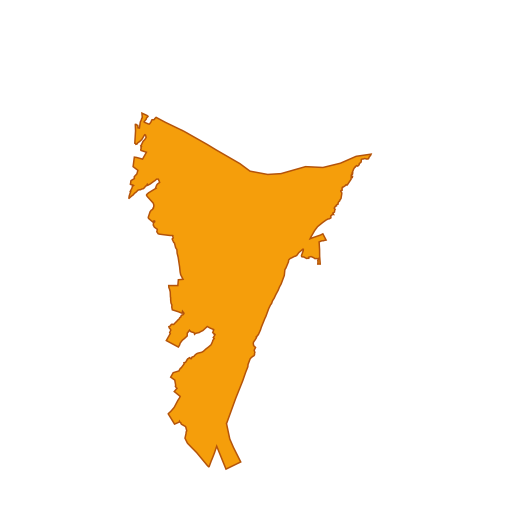 Pomarla, Botosani, Romania (Mercator projection), rotated 64°
{"feature_id": "2599482B28021432956179", "entity_name": "Pomarla", "entity_type": "district", "adm_level": 2, "iso_a3": "ROU", "parent_name": "Romania", "parent_adm1": "Botosani", "projection": "mercator", "projection_center": [26.307, 48.065], "detail": "fine", "context": "isolated", "style": "filled", "palette": "amber", "viewbox_px": 512, "rotation_deg": 64, "n_neighbors": 0, "source": "geoboundaries", "source_scale": "gbopen_adm2", "svg_char_len": 6098}
<svg xmlns="http://www.w3.org/2000/svg" viewBox="0 0 512 512"><g transform="rotate(64 256 256)"><path d="M424.7,390.4L420.2,385.7L419.4,384.7L414.9,379.8L409.7,374.7L434.4,376.4L434.4,360.0L418.1,360.2L409.0,359.8L393.4,355.9L393.2,355.4L375.0,336.6L362.3,322.6L356.0,316.3L352.0,311.9L350.0,310.7L345.9,306.4L345.3,305.0L344.8,302.9L344.8,302.2L344.7,301.5L344.1,300.6L343.1,300.2L342.2,299.3L340.0,299.0L339.6,298.6L338.0,296.5L335.5,297.4L333.4,296.8L332.3,296.0L330.9,293.4L329.6,291.4L328.8,291.3L328.7,291.0L328.8,290.6L327.9,289.2L327.9,288.6L324.5,284.5L322.2,282.3L316.0,275.4L314.7,273.7L308.9,267.7L306.3,264.4L305.6,262.9L303.5,260.8L301.9,258.2L299.6,255.4L296.5,251.1L294.0,248.3L292.1,245.6L285.9,239.1L280.9,236.0L280.0,234.5L275.5,229.4L273.9,228.4L273.2,226.4L273.3,224.9L273.2,221.6L273.4,220.9L273.4,219.2L271.7,216.0L270.4,210.8L270.7,210.5L271.8,211.1L275.5,214.9L275.9,215.1L276.6,215.2L276.9,215.0L277.8,213.5L280.4,211.6L280.7,210.6L281.2,209.6L280.2,209.2L280.6,206.8L282.7,205.0L284.2,204.2L284.7,202.9L285.3,202.0L285.7,201.7L285.5,201.3L285.5,201.1L286.4,201.3L287.3,202.6L288.2,202.7L290.3,204.0L291.4,201.8L284.1,198.9L278.2,196.1L271.0,193.1L271.2,190.2L271.8,188.9L271.9,188.0L272.4,186.0L265.4,186.2L265.4,189.0L264.3,198.1L264.2,199.8L263.2,198.6L258.8,192.1L256.6,187.8L255.1,181.3L254.4,177.3L254.3,175.1L254.7,173.8L254.5,171.9L253.4,171.6L252.6,171.0L252.7,170.4L252.2,169.5L252.4,168.6L252.7,168.1L251.2,168.2L251.0,167.8L251.1,167.5L250.9,166.2L250.6,166.0L249.6,165.4L248.7,164.4L247.7,164.8L247.2,164.6L247.0,164.1L246.6,163.9L246.2,162.6L246.2,161.8L245.7,161.8L245.4,161.2L245.3,159.4L244.5,159.1L243.9,158.5L243.3,157.4L243.3,157.0L243.0,156.4L242.5,156.1L241.6,154.4L237.5,151.5L236.2,151.1L235.3,151.5L234.6,151.2L234.4,150.4L234.6,149.7L232.7,148.9L232.2,148.3L232.4,148.0L232.1,147.7L232.2,147.0L232.0,145.3L231.4,143.7L231.5,143.5L232.2,143.2L231.9,142.4L228.7,136.9L226.6,135.7L227.6,135.0L226.7,134.3L225.7,135.1L225.1,135.0L224.4,133.9L224.4,133.7L224.7,133.4L223.7,132.6L223.3,133.0L220.4,129.8L219.4,127.9L219.6,127.8L218.8,126.1L219.7,125.4L219.8,125.2L219.2,123.3L218.2,122.6L217.8,120.6L216.8,119.7L215.7,119.3L215.4,119.0L215.4,118.2L215.9,116.9L216.0,115.6L217.4,114.0L217.9,112.6L217.6,111.9L216.9,111.2L216.5,110.5L215.7,108.8L214.9,107.9L210.3,122.3L209.6,139.5L205.8,157.0L197.4,172.3L192.9,197.5L187.8,209.8L177.1,224.2L165.9,230.0L142.9,245.5L134.6,250.8L112.3,266.1L96.2,278.8L87.6,285.0L88.1,286.7L88.7,287.6L88.6,288.4L88.2,289.1L88.0,289.9L88.3,290.4L89.2,291.2L90.2,292.9L90.7,294.1L90.1,294.9L87.1,297.5L86.4,297.8L85.8,296.8L84.9,294.7L83.9,293.9L83.5,292.5L83.1,291.8L81.7,292.5L77.6,295.9L81.9,297.6L82.1,298.0L82.1,298.3L83.7,299.7L84.8,301.2L89.9,304.7L89.1,305.9L86.8,305.0L85.4,306.2L85.2,306.1L84.8,306.7L85.0,306.9L90.7,309.4L101.5,315.5L102.1,315.0L102.9,315.0L102.9,314.5L103.2,314.2L103.2,313.9L102.3,312.3L102.2,310.8L101.3,307.7L98.2,302.9L98.8,302.3L101.2,302.7L102.5,304.7L103.5,307.3L106.1,310.5L106.4,311.2L107.4,310.9L107.6,311.2L107.6,311.6L108.6,311.9L110.0,313.0L110.7,313.1L114.7,309.0L119.2,315.5L115.1,320.1L113.8,322.0L121.8,327.3L127.2,324.6L130.0,327.1L131.0,329.8L131.5,330.8L133.1,331.4L133.4,335.1L133.7,335.6L136.0,337.0L136.1,337.3L136.4,337.5L137.3,336.9L137.6,336.1L138.5,335.7L138.5,335.4L138.9,335.1L139.1,335.8L139.1,336.5L140.6,337.7L142.8,340.7L143.1,340.4L146.4,343.6L148.3,344.9L148.5,344.8L147.6,341.6L147.3,339.7L146.3,337.5L146.2,336.3L145.1,333.2L145.3,331.9L145.8,330.8L145.7,329.5L146.1,327.7L145.8,327.0L145.8,326.4L144.8,324.7L144.9,323.2L144.3,322.9L143.8,322.2L144.4,322.0L144.7,322.6L145.0,322.2L144.9,319.5L144.1,315.3L143.9,313.6L143.3,311.7L144.1,310.1L147.6,310.3L148.1,313.0L148.8,314.3L151.1,316.7L151.3,316.5L152.1,324.8L152.8,327.2L153.1,327.6L153.6,327.8L155.0,327.6L163.4,325.2L165.6,325.5L166.2,326.0L167.0,326.3L167.8,327.5L168.1,327.4L168.8,328.8L168.9,330.0L169.8,331.8L174.0,335.9L174.7,336.1L175.6,335.9L180.1,333.9L179.7,332.2L180.1,331.8L180.8,332.0L181.0,332.4L181.0,333.4L183.1,334.8L185.5,334.7L188.8,333.0L190.7,334.5L193.1,334.2L193.9,333.4L196.1,330.1L199.6,324.7L200.6,322.9L200.9,322.1L201.2,321.8L202.1,322.3L203.4,322.4L203.7,322.9L203.8,323.7L204.1,323.9L207.6,324.0L208.6,323.6L213.3,324.6L215.5,324.3L219.0,325.7L222.9,326.5L232.2,329.4L237.1,331.2L239.8,331.9L245.0,331.8L243.3,336.2L248.3,339.2L244.3,347.4L246.0,348.1L248.1,348.3L250.6,348.8L255.4,350.9L256.1,351.0L257.9,351.9L260.9,353.0L263.2,353.1L265.0,354.1L267.7,354.8L272.2,350.1L274.7,347.9L275.0,347.3L273.5,346.3L275.8,345.8L276.6,346.7L276.8,347.6L276.6,348.8L276.9,349.5L277.9,350.4L278.0,351.5L279.0,352.9L279.3,354.4L279.7,355.2L281.0,359.0L281.4,359.9L281.2,360.6L280.5,361.3L280.4,361.9L280.5,362.4L281.3,363.6L281.3,365.3L282.5,365.5L284.4,365.0L285.3,365.1L287.0,367.2L288.1,367.0L292.7,373.7L303.8,365.7L302.6,363.8L301.1,362.4L300.4,361.1L299.4,359.1L298.8,356.4L297.7,352.9L295.2,351.6L294.3,349.6L293.5,348.3L294.8,348.0L295.6,347.6L296.7,346.5L297.3,345.6L297.8,345.3L299.4,345.5L299.2,344.9L299.1,343.9L299.9,340.5L299.7,339.2L299.7,336.4L298.0,330.7L300.7,328.8L303.4,326.4L303.7,326.7L304.0,326.5L305.9,328.5L307.7,327.6L307.9,327.9L308.6,327.3L309.1,327.8L310.6,330.2L311.8,329.7L312.9,331.8L313.8,332.5L316.1,335.3L317.0,338.7L317.6,341.8L318.6,345.1L318.7,347.1L317.9,350.6L317.8,352.1L318.2,354.0L319.1,356.0L318.8,357.5L318.9,358.1L319.8,358.9L319.9,359.4L319.3,359.9L318.3,360.1L318.2,360.7L318.5,361.1L318.5,362.3L318.5,362.6L319.1,363.1L319.2,364.0L319.7,364.3L320.7,366.0L320.3,367.5L321.3,367.8L321.9,368.7L323.8,372.4L323.7,372.7L323.8,373.2L324.6,374.5L325.5,375.6L324.6,381.6L327.5,385.8L331.9,383.4L337.1,384.9L337.7,385.6L339.2,385.4L340.3,385.0L342.0,388.9L348.9,385.7L349.9,386.8L351.5,389.5L356.2,395.9L358.3,400.7L359.0,403.2L359.4,404.1L371.4,402.9L371.6,397.8L371.1,397.3L371.8,397.3L372.9,396.7L373.9,396.9L374.6,396.7L378.1,394.3L378.9,394.1L382.8,394.9L383.5,395.9L384.9,396.7L388.6,399.7L393.8,399.7L394.8,399.5L406.8,395.5L422.9,391.6L424.6,391.0L424.8,390.8L424.7,390.4Z" fill="#f59e0b" stroke="#b45309" stroke-width="1.5"/></g></svg>